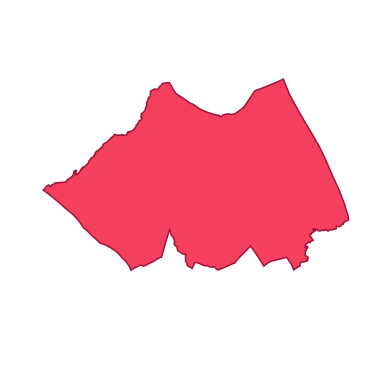 Ham Tan, Bình Thuận, Vietnam, rotated 67°
{"feature_id": "81297802B21171501026834", "entity_name": "Ham Tan", "entity_type": "district", "adm_level": 2, "iso_a3": "VNM", "parent_name": "Vietnam", "parent_adm1": "Bình Thuận", "projection": "mercator", "projection_center": [107.623, 10.744], "detail": "fine", "context": "isolated", "style": "filled", "palette": "rose", "viewbox_px": 384, "rotation_deg": 67, "n_neighbors": 0, "source": "geoboundaries", "source_scale": "gbopen_adm2", "svg_char_len": 6004}
<svg xmlns="http://www.w3.org/2000/svg" viewBox="0 0 384 384"><g transform="rotate(67 192 192)"><path d="M279.0,58.9L275.1,57.6L266.7,56.9L264.8,56.5L258.1,56.1L255.2,56.1L248.0,55.8L233.8,56.2L212.4,56.4L199.8,57.1L196.8,57.4L194.7,57.8L190.0,58.2L172.2,60.6L160.3,62.1L140.7,64.1L137.2,64.1L123.8,63.8L124.0,71.7L123.9,78.8L124.0,80.4L123.4,94.5L123.6,95.0L129.7,104.2L134.0,110.8L134.5,112.3L135.5,116.2L136.5,120.5L136.7,121.6L136.5,123.9L136.2,124.9L134.2,128.4L133.8,129.6L133.4,132.1L133.4,133.8L133.9,136.6L133.0,136.9L132.3,136.9L132.1,137.1L131.4,138.3L131.0,139.3L130.0,139.8L129.7,140.7L127.0,144.1L122.5,148.8L118.4,152.5L113.0,155.9L110.8,157.5L109.6,158.9L106.6,160.7L103.3,162.9L95.6,167.9L94.1,168.4L92.6,168.8L90.2,169.2L87.6,169.4L82.7,170.1L82.1,170.9L81.4,173.0L80.6,176.3L80.9,177.6L81.9,178.8L82.2,179.3L82.1,180.5L83.2,181.7L83.7,182.5L84.0,183.8L83.9,184.4L82.9,185.4L82.6,186.1L82.8,189.9L83.0,190.6L83.6,191.2L84.3,191.6L86.0,192.1L87.3,192.8L87.9,193.7L87.9,194.8L88.1,195.1L90.6,197.1L91.9,198.9L92.4,199.2L93.8,199.4L95.6,200.8L96.9,202.2L98.1,203.0L98.5,203.5L99.5,205.6L99.9,206.2L100.0,207.5L100.1,208.0L100.9,208.0L101.3,208.7L101.7,208.9L102.9,209.0L103.0,209.8L103.3,209.7L103.6,208.9L104.2,208.8L104.5,208.9L104.7,209.6L105.3,210.3L105.7,211.0L105.7,212.4L106.2,213.4L106.5,213.8L107.1,214.1L107.5,214.5L107.9,215.2L107.9,215.7L108.0,215.9L108.6,215.9L108.8,216.1L108.9,216.6L108.7,217.3L108.8,217.5L109.2,217.8L110.2,218.0L110.5,218.3L110.7,218.6L110.7,219.3L111.0,220.2L111.4,220.7L111.7,221.4L112.3,222.0L112.1,222.5L112.3,223.6L112.1,224.9L112.6,225.7L111.7,226.8L111.6,227.0L112.1,227.4L112.0,227.8L112.0,228.1L112.8,228.3L112.9,228.9L113.3,229.4L113.4,229.8L114.1,230.4L114.1,230.7L113.5,231.9L113.1,232.3L113.1,232.8L112.5,232.9L112.3,233.6L111.5,234.4L111.6,234.9L111.9,235.2L112.0,235.4L111.8,235.7L111.6,236.5L111.0,236.9L110.7,237.3L111.0,237.8L111.0,238.1L110.6,238.9L109.7,239.6L108.9,240.4L108.8,241.0L109.1,241.6L109.9,242.6L110.2,243.5L110.2,244.3L110.4,245.3L111.4,246.9L111.5,247.6L111.8,248.2L112.1,249.3L112.8,250.6L113.1,252.8L113.1,253.4L113.4,255.4L113.5,255.5L114.2,255.6L114.7,256.0L115.4,256.3L115.7,256.7L115.6,257.0L115.2,257.6L115.2,257.9L115.4,258.2L116.0,258.6L116.1,259.2L116.4,259.5L116.2,259.9L116.3,260.1L116.6,260.4L116.7,261.1L117.0,261.5L117.1,261.8L117.5,262.2L117.4,262.5L117.0,262.9L117.0,263.2L117.5,263.8L117.3,264.4L117.8,264.8L118.0,265.6L118.4,265.9L118.6,266.2L119.0,266.4L119.5,266.5L119.8,267.2L120.2,267.4L120.0,268.1L120.8,268.5L121.1,269.3L121.6,269.6L121.7,269.8L121.6,270.0L121.2,270.2L121.3,271.8L122.1,272.4L122.3,273.3L122.7,273.8L123.1,274.7L124.2,275.2L124.7,276.3L125.4,277.4L125.9,279.0L126.7,280.4L126.8,280.8L126.9,281.3L126.6,281.9L126.4,282.7L126.5,283.0L127.6,283.8L127.1,284.3L127.1,284.5L127.9,285.0L128.0,285.6L128.7,286.4L129.3,286.8L129.4,287.6L129.9,288.0L130.2,289.3L130.7,289.8L130.6,290.5L130.8,291.2L130.6,291.4L130.3,291.7L130.3,292.5L130.0,292.3L129.1,292.3L129.1,292.1L129.3,291.7L129.2,291.4L128.3,291.1L127.9,290.4L127.2,289.9L126.7,290.4L126.6,291.8L126.7,292.3L127.2,292.8L128.0,293.4L129.5,294.2L130.7,296.2L131.1,297.0L131.4,298.3L131.9,300.8L131.9,301.8L132.5,303.0L133.6,303.9L130.1,315.0L130.5,315.4L130.6,315.8L130.9,316.2L130.7,316.7L130.8,317.4L130.7,318.1L131.1,319.0L131.5,319.2L131.8,319.7L131.7,320.6L130.0,320.8L129.6,321.0L129.6,323.3L131.1,325.7L132.2,328.2L138.9,324.2L142.4,322.3L151.2,317.8L157.8,314.8L164.7,311.1L167.6,309.8L171.7,308.3L176.9,306.9L181.5,306.2L182.9,305.7L187.1,303.5L193.0,301.1L201.3,297.3L202.2,297.1L202.8,296.8L203.4,296.3L205.9,293.5L208.2,291.3L211.4,288.8L215.6,285.9L219.0,284.2L221.2,283.3L226.3,281.8L227.2,281.5L227.9,280.9L229.1,280.4L230.4,279.9L235.8,278.8L238.4,278.7L240.1,278.9L239.4,273.2L239.3,270.1L238.9,267.8L240.4,266.3L241.5,265.5L240.8,254.7L240.3,251.7L239.8,246.4L240.1,245.6L229.0,236.7L219.2,228.4L218.0,227.2L220.6,227.4L223.8,228.0L226.1,227.1L226.9,227.0L229.5,227.1L230.5,227.4L232.7,228.6L233.1,228.7L234.6,228.5L235.2,228.1L236.0,227.3L236.5,227.2L237.0,227.3L240.1,228.2L244.9,225.1L245.8,224.1L246.4,223.0L246.9,222.4L253.6,225.1L255.1,224.3L257.2,225.0L257.9,225.0L258.6,224.7L262.4,221.7L258.4,217.3L258.5,216.0L258.9,215.1L260.1,213.7L263.7,210.4L264.6,209.3L265.3,208.4L265.5,207.9L265.6,207.1L265.9,206.6L266.9,205.9L268.3,204.4L270.0,200.4L270.3,200.1L271.9,199.9L273.0,199.4L273.8,198.8L274.0,198.3L274.1,191.6L273.9,181.8L274.1,180.5L272.0,176.8L270.0,172.1L265.3,160.8L264.5,159.4L265.4,159.1L268.1,158.4L274.5,157.1L278.6,156.3L288.3,154.8L287.7,152.8L287.1,150.2L286.7,148.1L286.7,145.8L286.9,144.5L287.4,142.0L289.1,130.4L297.7,128.8L299.9,128.7L302.2,128.8L303.4,128.8L302.8,125.3L302.2,123.4L302.4,121.1L299.9,120.8L299.6,120.4L299.6,117.9L300.5,113.4L300.2,112.3L299.3,112.2L298.4,111.0L298.1,110.8L297.7,110.7L296.9,110.9L296.0,111.7L295.5,112.0L294.5,112.4L293.7,112.4L292.3,111.5L290.7,110.9L290.5,110.6L290.5,109.7L290.3,109.5L289.8,109.4L289.4,109.1L288.7,107.3L288.3,107.0L287.8,107.0L287.3,107.2L287.0,107.3L286.7,107.7L286.7,108.0L287.0,108.4L287.4,108.6L287.6,108.9L287.6,109.2L287.2,109.4L286.3,109.0L285.9,108.5L284.5,107.7L284.3,107.1L284.4,106.2L284.3,105.9L283.4,104.8L283.4,104.4L283.7,104.1L284.7,103.3L284.7,103.0L284.2,102.4L283.9,101.8L283.8,100.8L284.0,99.7L283.9,99.4L283.4,99.3L282.1,99.9L281.1,99.6L280.5,99.7L278.7,100.8L278.1,100.8L277.6,100.7L277.3,99.9L277.6,98.7L276.3,97.5L276.4,96.1L276.4,95.8L276.1,95.6L275.3,95.3L273.4,95.2L273.3,94.5L273.5,94.2L276.0,93.8L275.9,93.5L274.5,92.2L275.1,91.6L276.3,91.3L277.4,90.4L277.7,89.9L277.7,89.1L278.1,88.3L278.0,87.1L278.9,85.8L279.2,84.9L278.9,83.7L279.0,83.3L280.4,82.7L281.1,81.8L281.2,81.3L280.9,80.6L280.4,79.9L280.4,79.5L281.7,78.1L281.8,77.8L281.8,75.4L282.3,74.1L282.3,73.8L282.1,73.6L280.3,72.7L280.1,72.5L280.1,72.1L281.2,70.6L281.4,70.0L281.5,68.6L281.3,68.0L280.5,66.5L280.5,65.9L280.6,65.4L280.6,65.1L279.5,64.4L279.2,63.7L278.9,59.3L279.0,58.9Z" fill="#f43f5e" stroke="#9f1239" stroke-width="1.5"/></g></svg>